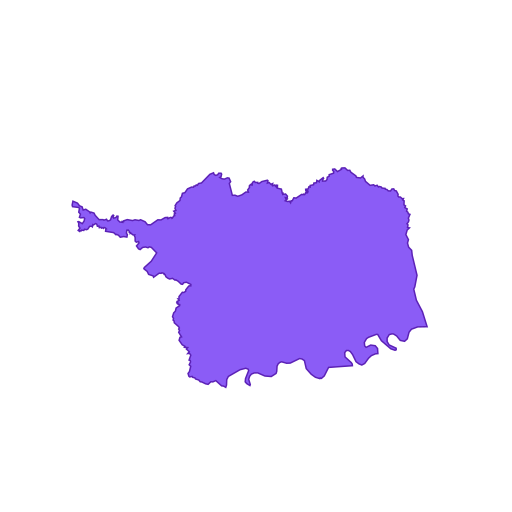 Zarzal, Valle del Cauca, Colombia (orthographic projection), rotated 217°
{"feature_id": "7082276B55716898367144", "entity_name": "Zarzal", "entity_type": "district", "adm_level": 2, "iso_a3": "COL", "parent_name": "Colombia", "parent_adm1": "Valle del Cauca", "projection": "orthographic", "projection_center": [-75.989, 4.355], "detail": "fine", "context": "isolated", "style": "filled", "palette": "violet", "viewbox_px": 512, "rotation_deg": 217, "n_neighbors": 0, "source": "geoboundaries", "source_scale": "gbopen_adm2", "svg_char_len": 6154}
<svg xmlns="http://www.w3.org/2000/svg" viewBox="0 0 512 512"><g transform="rotate(217 256 256)"><path d="M413.4,169.4L411.6,169.5L411.8,170.4L410.8,170.7L410.9,171.6L408.9,172.8L409.1,174.1L407.1,175.1L406.5,176.4L406.7,179.5L405.3,180.8L404.2,180.8L405.2,182.9L404.5,183.0L403.6,185.4L402.3,185.6L400.6,184.3L399.4,185.4L398.2,184.3L397.1,185.6L396.1,185.3L395.4,186.4L394.4,186.3L394.4,187.4L393.2,187.8L391.8,187.6L392.1,187.1L391.0,185.2L383.8,189.0L380.6,188.7L380.3,189.4L378.3,189.8L375.7,189.3L373.4,191.9L370.5,193.4L371.6,195.7L373.2,196.2L374.7,198.9L373.7,199.8L371.7,199.3L371.4,198.6L370.3,199.0L370.0,198.3L369.6,198.9L367.1,198.8L365.6,199.8L365.6,199.1L363.7,198.1L361.5,195.2L359.9,195.0L358.5,196.9L357.3,196.0L357.5,192.1L354.1,191.0L352.4,191.4L351.7,194.6L349.7,196.7L347.2,197.6L346.7,199.1L344.8,199.9L337.2,198.7L336.5,188.8L338.3,179.6L337.9,178.3L333.6,178.2L330.7,176.7L326.2,178.2L325.0,177.4L323.0,184.0L321.3,185.1L321.0,186.0L318.8,186.7L318.3,186.0L317.5,186.4L315.4,185.2L313.2,185.2L311.2,185.6L309.2,187.9L306.1,188.0L305.7,188.7L302.9,189.0L298.9,188.5L297.6,189.2L297.7,191.1L295.8,193.2L290.9,194.1L290.1,192.9L291.5,191.9L291.7,190.0L291.7,186.6L290.9,185.5L291.7,183.4L293.0,182.7L293.1,177.3L291.5,175.1L292.2,174.8L290.7,174.3L291.7,172.2L290.7,171.8L291.1,171.0L290.4,170.7L290.2,171.5L289.0,170.5L287.7,171.3L287.1,170.4L288.5,166.4L287.2,163.4L287.5,161.0L286.1,157.2L284.4,156.6L283.6,154.9L282.2,154.8L281.1,153.5L275.2,153.0L273.9,152.4L273.8,151.1L272.2,150.5L271.8,148.5L266.8,146.6L267.8,145.3L266.7,142.4L261.5,140.7L258.4,141.1L258.2,140.0L255.5,141.7L255.6,139.8L251.7,139.4L251.8,137.0L250.5,138.2L248.4,137.6L246.8,132.6L245.6,133.0L244.5,132.0L243.9,128.9L241.8,128.7L239.6,123.6L239.6,121.3L237.3,119.6L236.2,119.5L234.5,121.4L233.5,121.0L231.5,121.9L230.3,121.4L227.1,122.5L224.9,122.0L223.4,122.8L219.3,123.6L217.0,124.7L216.4,128.4L214.7,129.5L213.1,132.3L205.3,131.6L203.6,132.6L201.1,132.9L201.9,135.2L205.0,139.7L205.6,143.2L200.3,155.6L196.6,160.2L194.2,160.9L192.9,160.1L190.6,151.8L188.9,149.0L186.6,148.5L182.9,148.9L183.2,149.9L187.6,153.1L188.7,156.1L188.6,158.9L187.0,161.6L184.3,163.7L176.7,165.5L171.3,168.9L169.3,174.3L170.0,176.3L172.9,180.7L173.4,183.3L172.9,185.4L171.9,186.9L167.0,188.8L164.2,191.1L159.5,200.3L157.4,201.4L154.4,201.6L148.1,196.3L140.8,194.8L135.6,194.9L131.2,196.5L131.3,197.2L130.1,197.6L129.3,201.3L131.0,210.7L113.0,226.4L114.1,227.6L115.7,228.2L124.2,229.0L127.0,232.2L126.9,235.0L125.3,236.2L123.2,236.5L119.5,235.4L112.5,231.8L108.9,231.8L105.9,232.6L104.5,235.6L104.6,242.2L103.9,245.9L101.7,249.8L99.9,251.4L103.3,255.3L106.8,256.1L110.8,253.9L113.1,249.3L115.1,249.6L117.5,252.2L118.0,256.6L117.2,258.8L112.7,265.9L111.6,266.6L104.9,263.8L92.5,263.0L88.2,264.4L87.6,265.5L88.6,266.7L96.2,265.1L99.8,266.6L101.9,269.4L102.3,273.4L100.5,275.7L99.1,276.5L95.5,276.8L90.0,275.4L86.0,277.3L85.3,280.9L87.9,287.2L87.8,291.1L84.2,296.7L76.8,302.5L89.6,311.7L101.3,317.2L110.1,324.5L110.6,326.9L115.8,337.5L131.6,350.5L135.1,354.2L139.4,354.9L142.8,357.5L144.1,360.8L149.2,363.3L150.9,367.7L150.4,370.8L152.2,370.0L153.3,372.3L154.8,372.6L154.8,375.1L155.5,376.8L157.1,377.9L158.1,381.9L159.7,381.4L161.1,382.4L162.7,382.4L163.6,384.6L166.3,384.2L166.7,386.0L168.6,385.9L170.9,389.2L172.6,389.1L172.8,390.6L173.9,389.7L176.1,390.0L177.7,389.0L178.9,389.4L179.6,390.8L183.1,392.4L184.8,391.7L186.4,392.5L187.8,391.3L187.7,388.9L189.6,387.6L191.4,387.9L192.9,387.2L193.6,387.7L196.2,386.1L197.5,386.5L199.2,385.8L199.8,384.8L201.8,385.4L203.2,383.5L204.9,383.7L207.4,381.1L213.5,381.5L215.6,382.9L218.0,383.3L218.7,384.3L219.5,381.2L223.1,379.2L224.4,380.1L230.7,380.0L232.7,380.9L234.3,379.5L238.0,379.9L240.4,378.0L240.7,377.2L239.9,376.7L241.7,372.5L245.5,372.9L247.0,371.4L246.3,370.5L244.8,370.3L243.9,368.8L246.5,365.0L245.6,363.8L246.5,361.7L245.3,359.8L245.5,357.8L247.9,355.9L248.6,356.9L248.7,358.7L249.5,359.0L250.8,354.3L250.2,353.3L252.9,353.0L251.8,350.9L253.7,349.1L252.9,347.6L255.2,344.9L254.2,343.7L255.4,343.1L254.7,340.9L256.5,339.2L255.6,338.2L255.0,339.1L253.8,339.1L254.2,337.5L253.1,338.2L252.9,337.5L254.3,336.1L254.1,334.3L255.3,334.0L255.3,333.3L256.6,332.7L258.8,326.4L260.8,325.3L260.3,321.9L261.2,321.3L260.4,319.3L262.2,319.9L263.7,318.4L265.9,317.7L265.4,320.2L266.7,319.7L267.7,320.3L266.1,321.2L266.9,322.7L269.7,323.3L271.6,321.3L272.2,322.4L272.7,321.9L276.0,324.7L279.8,323.0L281.4,325.4L282.6,324.7L281.8,323.4L284.2,323.7L284.8,322.1L285.5,322.1L286.3,323.9L287.3,322.2L289.7,322.6L290.8,321.1L291.7,323.3L292.5,323.4L296.1,319.0L297.2,315.7L298.4,315.2L298.9,315.8L300.8,314.3L302.2,314.7L302.9,313.7L302.8,311.0L302.2,311.1L301.8,310.2L303.4,309.8L303.5,307.9L302.5,306.9L302.4,303.7L300.5,302.4L302.6,301.0L304.1,296.3L306.5,292.7L309.4,291.9L311.4,290.2L321.0,297.9L321.0,300.1L324.4,302.0L325.9,301.2L327.5,298.4L329.5,297.3L332.2,296.9L331.7,298.4L332.7,300.7L333.7,301.1L335.6,299.7L335.5,297.8L336.6,296.2L338.4,295.9L340.0,296.9L342.0,293.5L343.5,281.5L345.5,279.3L345.4,277.2L346.5,276.8L346.5,275.5L347.6,274.6L347.3,273.4L349.0,272.2L351.1,268.4L350.9,263.8L352.5,261.8L351.1,258.4L351.4,256.7L350.1,254.6L351.2,250.8L350.9,247.5L350.0,247.1L349.4,245.3L347.4,244.2L348.7,242.3L346.1,241.6L346.6,240.3L345.2,239.3L345.8,238.4L345.6,236.0L345.8,235.5L346.5,235.9L347.6,235.3L348.8,232.7L349.7,233.0L349.3,234.1L351.7,232.0L353.6,227.6L356.2,225.8L358.9,217.5L361.5,215.7L365.2,216.6L370.0,215.5L370.9,213.9L374.4,212.1L375.9,210.0L380.7,207.6L382.9,204.4L382.5,203.9L383.6,203.1L382.8,202.6L385.2,201.2L388.2,201.6L390.1,204.7L391.1,204.2L391.0,202.5L392.4,200.6L393.5,200.9L394.0,202.7L394.8,202.7L395.1,200.7L393.9,197.2L394.8,195.4L395.7,194.7L397.5,195.4L399.0,193.1L400.1,193.0L403.2,190.6L409.0,191.7L411.2,192.8L414.3,191.7L414.4,190.6L415.4,191.1L420.1,190.9L421.7,188.7L424.4,190.6L427.2,189.9L430.4,190.8L435.2,189.6L433.5,186.0L432.2,185.0L426.9,188.0L425.7,187.8L423.9,184.3L421.4,183.8L420.3,180.6L419.0,180.9L416.6,183.1L415.4,182.9L414.3,180.4L414.2,177.3L418.3,176.8L418.8,176.2L417.2,175.4L415.7,173.2L413.4,172.3L413.4,169.4Z" fill="#8b5cf6" stroke="#5b21b6" stroke-width="1.5"/></g></svg>